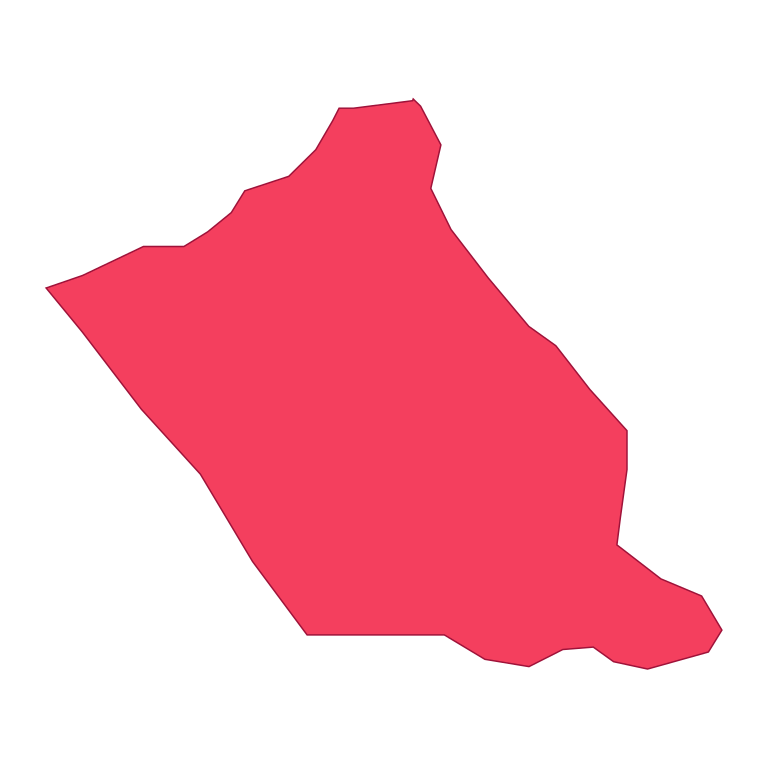 outline of Helsingborg, Skåne, Sweden
{"feature_id": "70781695B77389935020700", "entity_name": "Helsingborg", "entity_type": "district", "adm_level": 2, "iso_a3": "SWE", "parent_name": "Sweden", "parent_adm1": "Skåne", "projection": "natural_earth1", "projection_center": [12.824, 56.101], "detail": "fine", "context": "isolated", "style": "filled", "palette": "rose", "viewbox_px": 768, "rotation_deg": 0, "n_neighbors": 0, "source": "geoboundaries", "source_scale": "gbopen_adm2", "svg_char_len": 703}
<svg xmlns="http://www.w3.org/2000/svg" viewBox="0 0 768 768"><path d="M46.1,288.0L82.3,332.0L141.4,409.3L200.4,474.2L252.6,561.6L304.7,631.7L307.1,634.9L444.3,634.9L484.9,659.3L529.0,666.6L562.8,649.5L593.3,647.1L613.6,661.7L647.5,669.0L649.8,668.4L708.4,652.0L721.9,630.1L704.3,600.5L701.6,596.0L660.9,578.9L616.9,544.9L620.3,518.1L627.0,469.5L627.0,430.7L589.8,389.4L555.9,345.8L540.7,334.9L528.8,326.4L488.2,277.9L478.9,265.8L451.0,229.5L430.8,188.4L440.9,144.9L420.6,106.2L413.2,99.0L412.6,100.7L353.6,108.2L339.1,108.2L332.7,120.7L315.8,149.7L288.8,176.3L244.8,190.8L231.3,212.6L207.6,231.9L183.9,246.5L143.4,246.5L82.5,275.5L46.1,288.0Z" fill="#f43f5e" stroke="#9f1239" stroke-width="1.5"/></svg>